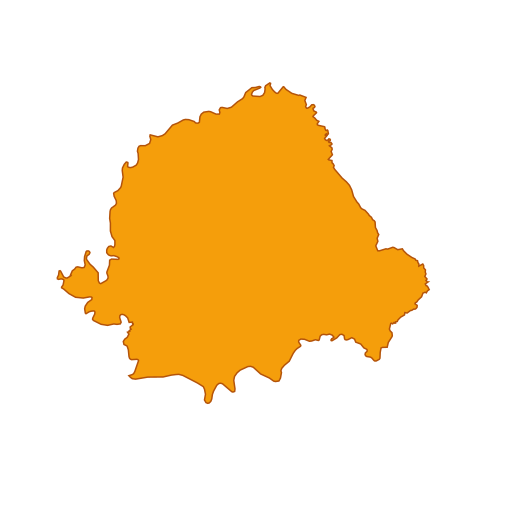 Soc Son, Ha Noi, Vietnam, rotated 116°
{"feature_id": "81297802B86407395704878", "entity_name": "Soc Son", "entity_type": "district", "adm_level": 2, "iso_a3": "VNM", "parent_name": "Vietnam", "parent_adm1": "Ha Noi", "projection": "orthographic", "projection_center": [105.824, 21.281], "detail": "fine", "context": "isolated", "style": "filled", "palette": "amber", "viewbox_px": 512, "rotation_deg": 116, "n_neighbors": 0, "source": "geoboundaries", "source_scale": "gbopen_adm2", "svg_char_len": 6108}
<svg xmlns="http://www.w3.org/2000/svg" viewBox="0 0 512 512"><g transform="rotate(116 256 256)"><path d="M371.8,407.6L372.2,400.1L369.5,392.8L365.6,387.5L365.1,386.2L365.2,385.2L367.1,384.5L371.5,386.9L375.9,387.5L378.5,386.9L382.1,384.4L382.4,383.5L379.3,381.5L377.8,379.9L376.4,377.6L376.5,376.8L377.1,376.1L378.9,375.5L383.5,375.5L384.6,375.1L385.2,373.9L385.3,365.3L383.4,359.0L379.4,354.0L378.4,351.0L376.5,348.2L374.6,348.2L371.2,351.5L369.4,352.2L368.1,351.9L367.1,350.7L366.7,348.8L367.0,346.8L367.9,344.2L371.3,340.9L369.6,338.1L370.9,337.3L370.7,336.8L371.5,336.3L375.0,338.0L376.2,337.2L376.5,336.2L378.8,337.2L379.2,336.5L380.8,338.1L381.9,336.0L385.6,336.1L388.2,337.5L391.0,337.8L393.4,335.9L393.4,332.7L393.7,332.1L396.3,329.6L402.0,326.1L403.3,324.9L403.8,323.7L403.7,322.4L401.0,317.7L401.0,316.3L401.5,315.7L412.9,314.3L415.3,314.4L416.7,315.1L419.3,317.8L420.1,315.7L420.5,313.4L419.5,310.3L412.3,300.2L405.4,286.4L400.1,279.8L397.7,276.1L396.2,273.5L395.4,269.5L395.8,252.9L396.5,246.1L398.3,243.9L402.4,240.8L408.0,239.2L409.7,236.7L409.6,234.9L408.7,233.7L406.5,232.9L403.9,233.1L399.5,234.5L396.0,234.9L389.4,234.6L387.0,233.6L385.9,232.2L385.5,230.2L388.6,218.3L388.4,217.1L387.1,215.8L384.7,216.6L377.5,221.5L373.6,222.5L369.3,221.8L365.5,220.2L358.9,214.8L357.5,212.4L357.2,209.6L360.0,200.1L359.8,190.5L360.7,185.3L360.3,183.5L358.3,180.6L355.0,180.5L349.6,182.0L348.3,183.3L345.7,183.6L341.8,182.6L336.0,180.0L327.2,179.9L323.4,179.3L321.2,178.5L317.6,176.4L316.6,176.6L314.8,179.7L313.8,180.4L312.9,180.5L311.0,179.3L309.6,175.9L309.2,170.6L308.0,168.7L305.2,165.9L304.6,162.9L303.8,162.4L299.9,163.2L297.9,162.4L296.7,160.7L295.9,158.0L293.9,155.6L293.7,152.9L294.7,150.5L295.2,150.4L297.2,151.7L298.7,151.8L299.1,151.2L298.8,150.5L294.2,147.5L289.9,146.2L288.7,144.5L288.9,142.0L291.7,140.0L292.1,139.1L291.7,137.7L290.5,136.4L287.4,134.1L287.5,131.0L289.7,128.6L289.2,123.3L291.3,118.8L291.3,115.7L291.8,114.8L293.1,114.4L295.2,115.2L296.7,114.8L297.6,113.8L297.8,112.4L296.7,108.8L296.9,107.2L298.2,104.1L298.3,103.2L297.6,101.9L294.8,99.9L293.5,99.8L288.2,102.1L283.9,103.3L282.8,102.4L280.5,98.1L275.7,99.2L268.8,98.4L267.8,98.6L265.3,100.2L264.5,102.6L263.2,104.1L257.6,105.3L257.0,104.8L257.1,103.4L255.3,102.8L255.6,101.8L255.0,101.1L254.0,101.7L252.9,100.3L251.3,100.4L247.6,99.2L243.9,96.7L241.6,97.4L241.0,95.2L237.2,93.2L236.6,92.2L234.6,91.0L234.1,89.8L233.0,89.1L231.4,88.8L229.7,89.5L229.3,92.1L228.2,92.3L226.8,91.3L224.5,91.0L220.1,89.3L216.2,89.7L214.4,88.1L214.5,86.8L212.1,86.6L210.3,85.6L208.6,87.8L207.9,89.2L208.1,90.1L206.9,91.6L203.9,90.0L204.3,90.9L203.8,91.4L203.6,92.5L201.7,92.2L200.4,95.3L197.6,95.4L196.3,96.8L194.2,97.6L193.2,100.0L191.0,101.2L190.1,102.6L193.7,105.2L191.8,106.1L190.9,107.6L189.4,108.8L189.8,110.4L188.9,111.7L189.0,115.2L188.2,121.1L186.6,125.7L185.4,127.6L188.2,131.4L187.9,135.6L188.2,136.9L192.1,140.7L192.6,142.4L197.4,147.5L197.9,148.9L194.4,152.8L189.4,152.9L187.0,154.9L182.9,155.1L181.9,156.8L180.0,158.4L178.1,161.1L173.2,163.9L172.5,165.1L172.2,167.2L170.6,169.2L169.9,172.1L169.2,173.0L167.2,178.0L167.2,181.5L166.7,183.1L164.2,186.5L163.2,189.0L159.8,194.4L154.6,199.0L151.5,203.0L149.7,207.3L148.2,212.8L143.7,223.1L142.4,225.2L140.5,225.4L139.3,227.1L138.9,228.5L136.9,229.6L137.7,232.7L137.5,233.4L131.5,231.7L129.1,234.3L126.7,234.3L125.5,235.2L124.8,238.3L122.8,236.9L122.0,236.8L121.1,238.4L121.9,240.0L121.5,241.0L121.0,241.0L119.8,239.9L119.0,240.1L118.5,240.9L118.8,241.9L120.2,242.2L121.2,243.2L121.1,244.7L120.2,245.9L116.7,245.0L116.6,245.8L117.1,246.6L116.3,246.9L115.2,246.2L115.9,245.0L114.4,244.5L111.7,246.5L111.5,247.2L112.4,247.8L112.4,248.5L110.8,250.3L110.0,250.5L109.8,251.3L111.2,257.2L111.1,258.4L110.3,258.9L107.4,258.5L107.4,261.0L106.2,263.7L105.8,265.9L104.8,265.9L100.7,264.4L100.2,265.0L100.3,267.4L99.1,269.0L98.2,269.5L97.0,268.6L95.9,268.5L94.9,269.6L94.8,270.8L95.7,272.2L98.2,272.9L100.5,274.4L101.0,275.4L100.0,276.9L97.9,277.1L94.8,280.3L91.5,280.5L92.1,287.2L92.9,287.9L94.1,295.1L93.1,302.1L91.7,305.3L92.1,305.8L100.2,307.7L100.8,309.0L100.3,311.4L99.1,314.4L96.7,318.1L94.8,318.4L94.4,318.6L94.4,319.5L98.7,322.0L100.6,321.9L102.0,321.0L105.4,319.9L108.6,320.3L109.8,321.3L110.9,322.3L113.6,328.9L113.3,330.3L112.6,330.9L110.3,331.1L108.3,330.6L103.3,326.1L102.2,325.7L102.0,326.2L102.2,327.4L104.8,330.4L106.5,333.5L113.6,336.9L118.4,336.6L120.5,337.1L125.6,340.2L133.0,343.3L136.0,346.5L137.3,351.6L138.2,352.9L140.8,353.1L142.8,351.4L144.5,351.1L146.0,354.1L146.2,360.0L146.7,361.8L149.6,366.0L152.5,367.4L155.4,367.4L160.7,365.5L162.1,366.4L162.9,368.6L162.2,370.5L162.9,376.1L164.2,379.3L165.6,381.0L170.8,384.6L175.0,388.5L186.1,391.3L188.9,393.0L191.9,396.4L193.5,404.2L194.9,403.9L197.5,401.6L201.5,401.0L205.4,403.9L207.4,408.1L208.6,409.2L210.8,409.4L213.8,408.5L215.5,406.9L220.8,403.9L224.3,403.2L226.9,403.5L230.2,405.8L231.6,407.6L232.1,409.2L232.0,410.6L228.4,411.9L228.1,412.4L228.4,413.8L231.4,414.6L235.4,414.6L237.8,413.7L243.4,410.0L252.4,407.7L254.0,407.7L257.8,408.8L261.2,411.3L262.1,411.4L264.5,409.7L267.5,405.9L269.9,404.5L271.9,404.6L276.2,406.9L278.1,407.1L279.9,406.7L286.4,404.0L290.2,401.3L297.4,397.8L301.7,393.9L304.0,389.6L307.4,387.9L309.3,387.4L310.8,387.8L310.6,390.8L312.0,392.5L314.3,393.0L316.1,392.8L318.5,391.6L319.5,389.5L319.7,388.3L319.4,386.3L318.0,384.0L317.5,380.5L317.7,378.5L318.6,377.9L319.5,378.5L322.1,384.5L323.9,385.7L328.5,383.7L335.8,383.0L336.8,382.5L339.0,380.2L340.7,379.3L342.9,379.5L344.1,380.1L348.9,383.4L349.0,384.8L347.4,386.9L340.3,390.5L337.3,397.4L336.1,401.7L333.4,406.7L332.4,407.4L330.1,408.0L327.6,406.7L325.8,406.7L325.0,407.7L324.9,408.8L325.6,410.2L326.4,410.6L331.7,409.8L335.4,408.3L338.9,405.6L341.6,405.4L342.9,407.2L343.9,411.5L344.9,412.8L347.3,413.3L349.8,414.6L354.6,414.4L354.5,413.7L355.1,413.8L358.6,416.1L359.1,417.3L359.1,419.7L355.3,424.9L355.1,425.7L355.8,426.4L359.7,425.1L362.5,425.1L363.6,424.5L363.6,423.3L362.0,421.1L361.6,419.7L361.7,418.4L362.3,417.8L366.6,416.7L369.2,417.1L369.8,416.8L370.0,414.4L371.8,407.6Z" fill="#f59e0b" stroke="#b45309" stroke-width="1.5"/></g></svg>